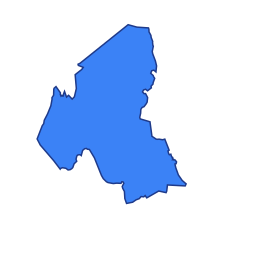 Sagnerigu, Northern, Ghana, rotated 141°
{"feature_id": "2480657B87566941811639", "entity_name": "Sagnerigu", "entity_type": "district", "adm_level": 2, "iso_a3": "GHA", "parent_name": "Ghana", "parent_adm1": "Northern", "projection": "natural_earth1", "projection_center": [-0.877, 9.486], "detail": "medium", "context": "isolated", "style": "filled", "palette": "blue", "viewbox_px": 256, "rotation_deg": 141, "n_neighbors": 0, "source": "geoboundaries", "source_scale": "gbopen_adm2", "svg_char_len": 1888}
<svg xmlns="http://www.w3.org/2000/svg" viewBox="0 0 256 256"><g transform="rotate(141 128 128)"><path d="M62.9,208.2L124.5,208.5L126.7,209.0L127.2,207.9L124.6,203.3L127.1,202.6L135.5,202.7L143.3,191.2L150.0,186.0L153.2,185.6L153.6,190.8L156.3,190.7L154.3,196.4L156.7,195.0L158.1,193.6L158.8,194.1L158.8,195.0L160.0,194.9L159.5,196.7L158.4,197.9L157.9,205.5L160.4,205.4L161.3,204.8L165.2,200.3L168.0,199.4L169.1,198.0L174.0,193.8L181.6,189.6L188.2,186.7L190.8,184.4L193.1,183.8L205.5,176.7L206.9,170.0L206.3,149.5L206.6,138.7L205.8,139.0L203.9,138.4L201.6,135.7L201.0,133.1L199.1,132.0L197.2,131.8L195.8,132.0L192.4,134.1L188.8,134.4L188.0,136.5L185.6,138.3L184.4,138.7L182.9,138.1L181.9,137.1L181.7,136.0L177.4,139.1L174.7,139.2L173.1,138.2L173.0,137.2L171.5,135.6L172.9,125.9L178.5,107.8L179.1,104.2L178.6,99.8L177.9,98.2L174.4,94.1L171.4,92.2L168.3,89.4L166.6,90.1L165.8,89.3L166.0,87.7L169.3,86.2L170.1,84.3L170.7,81.0L174.9,75.1L176.6,70.3L171.1,67.4L166.9,67.1L163.7,66.0L161.0,66.5L159.1,64.6L157.2,64.7L157.4,61.9L143.8,59.7L139.1,53.8L137.6,54.6L133.2,58.9L120.0,47.0L118.0,48.0L118.9,53.2L118.4,59.8L116.0,66.7L114.6,69.7L114.0,70.5L113.1,70.0L111.6,71.1L111.5,73.4L112.9,74.9L112.2,74.8L112.6,76.4L111.8,77.0L112.2,78.2L111.2,80.7L112.7,81.2L112.5,82.6L111.4,85.0L110.0,84.9L106.4,96.2L108.5,97.1L110.8,99.7L112.5,100.9L113.2,101.8L114.6,106.5L107.0,119.0L112.8,127.4L112.2,128.9L108.9,131.5L106.3,134.4L104.1,135.1L102.1,134.5L98.8,135.3L96.8,136.1L93.6,139.3L92.7,143.7L93.9,144.6L94.0,146.9L92.0,147.8L89.9,147.0L89.4,144.6L84.6,144.5L83.8,146.0L80.9,146.4L80.1,147.3L76.0,149.8L75.9,151.5L75.4,153.0L75.9,156.2L73.5,157.6L71.5,156.7L71.0,154.0L66.7,158.3L64.5,162.9L62.1,170.1L61.0,172.2L56.8,175.7L56.7,176.5L55.1,179.0L54.3,179.8L53.0,183.8L51.9,185.6L51.2,189.4L49.6,191.6L49.1,192.9L57.6,200.8L62.9,208.2Z" fill="#3b82f6" stroke="#1e3a8a" stroke-width="1.5"/></g></svg>